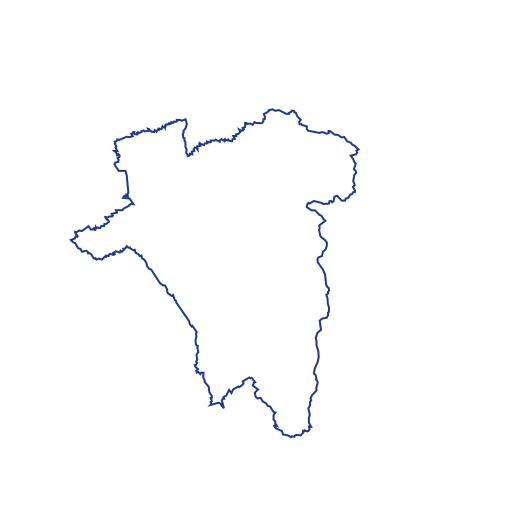 the district of Santo Domingo, Santo Domingo de los Tsáchilas, Ecuador, rotated 326°
{"feature_id": "8360857B50709521665039", "entity_name": "Santo Domingo", "entity_type": "district", "adm_level": 2, "iso_a3": "ECU", "parent_name": "Ecuador", "parent_adm1": "Santo Domingo de los Tsáchilas", "projection": "equal_earth", "projection_center": [-79.222, -0.341], "detail": "fine", "context": "isolated", "style": "outline", "palette": "blue", "viewbox_px": 512, "rotation_deg": 326, "n_neighbors": 0, "source": "geoboundaries", "source_scale": "gbopen_adm2", "svg_char_len": 6100}
<svg xmlns="http://www.w3.org/2000/svg" viewBox="0 0 512 512"><g transform="rotate(326 256 256)"><path d="M176.1,409.9L179.6,415.6L178.6,419.0L182.6,423.1L183.5,425.6L185.0,425.5L186.7,427.3L187.8,426.6L189.8,427.1L192.6,429.6L195.7,429.1L197.4,427.2L198.0,428.4L199.0,427.9L200.2,430.0L201.6,430.3L203.3,429.9L204.5,427.2L206.2,428.5L206.6,424.0L208.9,420.2L211.8,417.7L214.2,411.6L217.5,409.9L219.1,407.2L221.1,406.6L221.5,404.7L224.2,402.9L231.1,401.2L232.3,399.0L236.3,395.5L237.0,393.1L236.6,392.0L237.7,391.2L238.9,387.7L238.2,385.9L242.2,381.8L247.8,378.4L251.4,374.9L254.4,369.9L256.3,363.6L258.1,361.3L259.8,357.2L264.1,354.0L268.5,353.6L272.7,345.2L275.9,344.9L280.2,346.7L282.8,345.3L284.0,343.2L285.1,343.1L287.6,339.7L289.0,335.5L291.7,331.0L292.5,327.6L294.9,327.4L295.6,326.0L297.3,325.6L298.4,323.1L297.8,321.6L298.1,319.0L303.0,309.8L303.9,304.1L303.7,295.6L305.4,292.8L307.1,292.1L310.6,292.9L314.0,289.8L317.4,289.5L320.7,286.8L322.2,284.6L322.2,281.7L320.4,275.9L322.7,269.9L324.4,268.4L325.5,266.0L333.2,265.6L332.5,262.5L332.8,259.1L331.6,257.4L330.5,251.3L327.5,249.0L325.4,244.0L327.0,242.2L329.0,241.3L330.0,242.6L334.7,242.7L340.4,249.1L340.6,250.4L345.6,253.3L347.7,251.6L348.9,252.3L349.0,254.0L350.9,254.0L354.1,250.7L356.9,251.4L358.1,258.1L360.9,259.9L362.6,258.5L364.8,259.5L368.4,257.8L370.6,258.3L372.2,257.4L373.7,258.3L374.6,257.3L375.0,252.9L377.5,252.5L378.6,248.1L383.0,243.7L385.7,242.9L386.2,240.9L385.7,238.8L390.5,235.1L390.0,233.1L390.8,230.0L390.7,225.8L395.8,227.6L397.6,226.9L398.2,224.8L400.5,225.0L399.5,220.3L398.0,217.1L398.0,215.1L395.7,212.0L395.7,206.8L393.3,205.5L391.5,201.3L389.0,199.3L387.2,193.7L386.1,192.9L385.0,194.8L383.0,194.1L380.5,190.5L377.4,189.4L369.3,181.3L369.1,179.2L370.6,177.0L367.5,173.2L367.4,172.1L365.9,171.2L366.5,169.1L369.2,168.1L368.3,163.5L369.1,159.4L368.1,158.3L368.7,157.3L366.9,155.4L365.7,156.2L363.5,155.8L362.9,156.6L360.5,155.0L356.6,147.9L353.2,146.4L351.7,143.7L348.1,142.2L347.4,143.1L341.8,142.8L341.4,145.1L340.0,147.3L338.7,146.7L337.3,148.6L334.9,149.1L330.5,145.8L329.6,144.2L326.6,145.3L325.2,143.0L322.3,141.4L322.5,140.6L321.5,139.6L319.1,142.9L317.3,142.6L317.0,143.5L316.4,142.6L315.3,144.6L313.6,143.6L312.8,141.9L312.4,144.4L309.5,144.9L307.4,144.0L306.7,145.6L304.3,143.8L303.9,147.0L301.9,146.0L300.3,147.5L298.3,145.7L298.0,143.8L297.0,144.2L296.1,143.0L294.6,143.3L295.3,141.7L293.6,142.1L292.8,139.8L290.8,139.9L289.8,141.0L287.5,136.9L286.3,137.2L283.0,134.9L282.3,136.2L281.4,136.1L279.5,133.8L278.7,135.4L276.4,134.0L275.0,134.9L273.4,133.2L272.4,130.7L271.7,131.3L271.4,133.5L268.6,132.2L267.1,135.1L267.0,132.8L265.9,131.9L264.0,132.6L263.5,134.4L261.1,133.6L260.0,136.1L258.4,134.2L257.2,135.5L255.2,135.0L256.0,133.5L255.7,131.7L258.0,129.0L258.4,126.3L261.1,122.2L261.3,120.0L262.6,118.5L261.8,117.7L263.3,114.2L265.3,113.0L265.7,111.8L269.0,110.7L272.4,108.0L274.0,103.3L270.0,102.3L269.3,100.9L266.5,98.9L266.0,100.0L264.7,100.0L263.3,98.7L261.9,99.3L260.8,97.9L260.5,98.7L258.5,98.4L258.8,97.8L257.8,97.1L256.7,97.8L255.1,96.8L253.9,97.7L253.6,97.1L252.3,98.7L252.4,97.8L251.1,97.5L251.0,96.2L248.6,97.9L246.8,96.1L246.2,97.2L245.3,96.1L243.0,97.4L242.3,95.0L240.9,96.3L238.8,94.5L238.8,93.1L237.6,92.6L238.2,91.0L237.6,90.2L237.4,91.4L236.5,91.8L233.4,90.5L233.1,89.1L231.1,88.4L230.4,89.3L227.7,88.5L227.8,89.3L227.4,87.3L226.1,87.5L225.5,88.8L223.7,87.2L223.4,86.0L224.4,85.2L223.4,84.6L222.5,85.6L221.0,85.0L220.8,87.8L217.2,86.5L215.6,84.9L207.5,83.3L206.2,81.7L204.9,82.7L202.7,82.3L202.6,83.6L201.7,84.2L201.5,87.1L200.1,87.6L199.8,91.4L197.2,89.7L198.0,92.4L197.2,94.8L198.9,94.5L199.2,96.3L198.1,97.5L196.1,97.4L195.8,99.5L194.4,101.0L191.5,99.8L189.8,101.0L189.8,108.7L195.4,112.4L193.8,117.1L185.6,132.1L184.3,132.4L183.2,134.8L182.6,133.4L182.4,134.0L180.5,132.5L178.3,133.4L183.3,137.6L183.4,144.5L182.0,143.1L179.7,142.8L179.3,143.4L172.9,142.7L170.8,143.3L165.5,139.7L164.9,142.3L159.9,140.3L159.8,142.6L159.0,142.8L156.3,141.2L154.7,141.2L152.9,139.5L152.6,141.4L153.6,144.1L153.2,145.4L149.7,145.6L148.0,144.8L146.9,146.3L144.6,144.6L142.4,145.8L140.4,143.7L139.1,143.8L139.3,142.5L136.9,144.9L137.6,142.5L136.9,142.3L136.4,143.3L133.9,141.7L133.7,137.6L125.7,138.0L123.8,136.1L120.4,135.9L119.6,134.8L119.1,135.4L119.2,139.8L118.7,140.2L117.4,138.9L115.6,140.2L111.5,139.2L112.1,142.5L113.3,144.1L112.9,150.2L114.4,151.9L114.1,155.2L118.2,156.7L118.9,158.5L118.3,159.9L119.8,160.8L120.4,162.7L120.1,166.9L121.1,168.4L121.7,168.2L121.9,169.9L124.3,170.2L125.8,172.4L126.9,172.7L130.1,172.0L131.1,172.8L131.7,171.8L133.8,173.6L134.7,172.7L136.4,172.8L137.1,173.8L138.7,174.2L138.2,175.1L138.8,175.5L139.9,175.6L139.6,173.6L142.4,173.7L145.0,177.0L146.7,175.9L147.2,177.5L150.0,176.9L150.1,175.8L151.7,176.6L154.4,175.6L154.8,177.7L156.2,178.4L156.0,179.2L157.5,182.7L158.9,183.0L158.0,185.7L159.6,189.1L159.6,191.1L161.3,191.7L160.2,194.0L161.4,197.0L161.2,200.5L160.0,203.8L160.3,206.9L161.5,208.7L161.2,224.5L162.4,228.3L164.1,229.6L163.6,234.2L162.3,236.0L162.2,237.8L163.9,242.2L165.4,242.0L164.0,247.1L164.6,248.7L163.9,249.9L164.1,272.8L162.9,275.8L163.3,278.5L164.2,278.3L164.3,285.9L162.7,286.9L161.6,289.4L158.9,291.8L156.9,295.2L156.7,297.0L157.5,298.0L155.8,299.7L154.5,303.4L151.3,304.7L149.6,308.7L147.3,310.2L147.3,311.7L145.2,312.7L144.2,312.2L143.8,314.3L144.7,317.3L142.2,317.7L141.8,319.7L143.4,319.9L143.8,322.8L145.4,322.1L147.2,323.4L144.4,327.0L143.7,330.9L143.0,331.6L143.7,337.9L141.1,343.0L141.1,347.4L140.2,348.8L139.1,348.3L138.1,351.8L136.6,351.8L136.3,353.8L134.9,354.1L142.9,356.7L144.2,358.8L143.8,360.1L144.3,364.3L146.9,356.6L149.1,355.6L149.8,356.4L150.4,354.8L153.2,355.1L158.8,352.0L159.0,355.9L162.6,353.8L168.3,354.3L168.7,355.4L173.0,355.2L174.5,354.7L174.8,352.5L182.5,353.0L183.0,354.2L184.2,354.5L184.7,360.2L183.2,359.9L180.9,361.8L183.1,367.8L178.6,368.6L177.0,372.5L177.6,375.0L180.5,376.1L180.3,380.7L181.9,383.4L181.9,386.9L183.5,388.5L183.3,395.4L184.6,396.6L181.5,397.9L179.1,401.3L179.5,404.0L178.4,405.3L178.3,408.6L177.0,406.9L176.0,406.9L176.1,409.9Z" fill="none" stroke="#1e3a8a" stroke-width="2"/></g></svg>